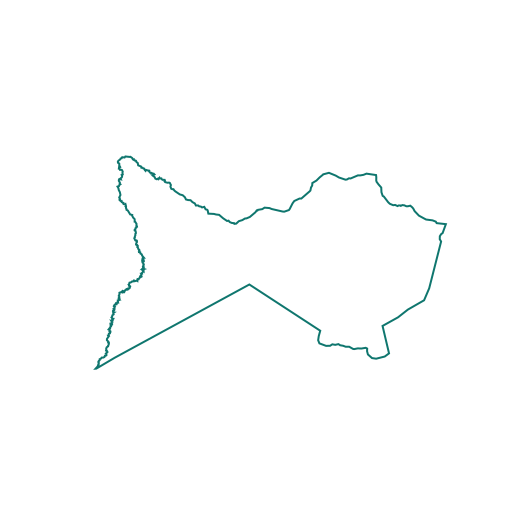 the district of Dormaa West, Brong Ahafo, Ghana, rotated 160°
{"feature_id": "2480657B11503231198633", "entity_name": "Dormaa West", "entity_type": "district", "adm_level": 2, "iso_a3": "GHA", "parent_name": "Ghana", "parent_adm1": "Brong Ahafo", "projection": "albers", "projection_center": [-2.874, 6.975], "detail": "fine", "context": "isolated", "style": "outline", "palette": "teal", "viewbox_px": 512, "rotation_deg": 160, "n_neighbors": 0, "source": "geoboundaries", "source_scale": "gbopen_adm2", "svg_char_len": 6147}
<svg xmlns="http://www.w3.org/2000/svg" viewBox="0 0 512 512"><g transform="rotate(160 256 256)"><path d="M347.7,394.5L348.3,394.5L348.8,393.8L349.9,393.9L350.6,393.2L352.7,392.6L353.6,391.8L353.8,390.8L353.3,390.4L352.9,389.3L353.5,388.1L353.2,386.0L353.8,385.9L354.3,386.3L355.0,385.0L354.5,384.7L354.3,383.4L353.4,383.3L352.5,382.5L352.4,380.8L353.1,379.8L353.3,378.3L354.5,378.1L354.3,377.2L354.9,376.1L355.6,375.6L356.9,375.2L356.8,374.2L358.2,375.0L358.9,374.3L359.2,373.5L358.8,371.5L359.3,370.7L358.9,369.8L360.1,369.5L360.8,368.6L362.4,368.6L362.1,366.7L362.4,365.0L362.1,362.6L362.5,359.7L364.5,357.8L364.2,356.9L364.8,356.2L364.4,355.6L365.0,355.0L364.2,353.7L363.5,353.6L363.7,352.5L362.5,351.3L362.8,351.0L362.7,350.1L361.6,349.4L360.9,349.5L361.1,347.5L361.6,347.2L361.3,346.6L361.8,345.6L361.6,344.9L361.9,343.7L360.9,342.6L360.0,338.1L358.3,336.9L358.6,336.4L358.3,334.0L357.5,332.4L357.6,331.5L358.3,329.8L357.8,329.5L357.3,327.0L358.2,325.0L357.7,324.6L357.8,324.2L358.5,324.2L358.8,323.6L359.7,323.4L360.2,322.4L361.0,322.2L361.3,321.5L360.6,320.6L361.0,318.6L361.9,318.0L362.2,316.8L363.2,315.8L363.4,315.0L364.3,314.4L364.1,312.0L363.9,311.6L362.9,311.5L362.7,310.9L363.1,309.8L364.2,308.9L364.8,307.8L364.6,307.3L363.9,307.0L363.6,305.8L364.5,305.1L364.1,304.3L364.2,302.8L363.6,301.8L364.3,300.8L364.0,300.5L364.3,300.0L364.0,300.0L364.2,299.5L363.5,299.0L363.8,297.9L362.8,296.6L362.9,295.4L361.9,292.6L363.1,292.9L363.5,292.3L362.9,290.6L363.2,289.5L363.9,289.8L363.8,291.1L364.1,291.4L364.7,290.3L364.6,289.3L364.9,288.7L364.6,288.2L364.3,286.6L364.8,286.3L364.8,285.7L365.6,285.1L365.2,283.9L365.5,283.7L366.0,284.0L366.1,283.4L366.9,283.0L366.1,282.9L366.2,282.6L365.5,282.0L366.2,282.0L366.7,280.5L366.9,281.0L367.4,281.1L367.1,280.3L367.3,279.9L369.0,279.1L369.1,278.5L369.6,278.6L369.4,278.2L370.1,278.0L370.4,276.9L371.1,277.0L371.7,276.6L371.0,275.7L373.0,275.3L374.2,274.3L375.1,274.8L375.3,274.3L376.2,273.9L375.8,273.6L376.0,273.1L376.4,273.6L378.6,273.8L378.9,274.7L379.2,274.8L379.9,274.1L380.7,274.2L381.1,274.5L382.5,274.0L384.0,274.2L384.9,272.9L385.4,272.7L385.2,272.3L385.5,271.6L385.1,271.5L384.6,270.5L385.7,269.1L386.6,269.2L386.8,268.7L387.4,268.6L387.8,268.9L388.2,268.3L388.9,268.5L388.4,269.2L389.0,269.2L389.1,268.8L390.7,268.6L391.8,267.5L392.2,268.0L392.6,267.6L393.1,268.4L393.5,268.0L393.6,268.7L394.3,268.4L393.9,267.6L395.5,268.2L396.9,268.2L397.4,266.7L398.6,265.5L398.3,264.9L398.5,264.0L399.0,263.8L398.9,263.0L399.3,263.0L399.1,261.9L399.8,262.3L400.0,261.4L401.1,261.5L401.5,259.4L402.3,259.8L403.2,258.7L403.8,259.5L404.2,259.2L404.4,258.4L405.6,258.5L406.8,257.5L406.7,257.2L406.0,256.9L405.9,256.6L406.4,256.4L406.9,255.3L407.6,255.1L407.1,254.5L407.5,253.9L407.8,254.0L408.0,253.6L408.6,253.8L408.9,253.6L408.8,253.1L409.3,252.8L409.2,251.7L408.8,251.5L409.7,251.3L409.8,249.8L411.3,249.4L411.9,248.3L412.8,247.7L412.5,246.9L412.6,246.2L412.1,246.0L412.5,245.7L412.1,245.5L412.5,245.3L412.8,244.2L413.6,243.9L414.1,244.3L414.0,243.8L414.5,242.7L414.1,242.3L414.7,241.9L414.7,240.8L415.1,240.7L415.4,241.3L415.8,240.4L416.2,241.1L416.4,240.3L417.7,238.1L418.2,238.3L419.6,237.4L418.8,236.8L419.4,235.6L418.6,235.1L418.7,234.4L419.3,234.1L419.7,233.3L420.8,233.4L421.5,232.1L421.5,231.5L422.2,231.7L422.1,230.7L424.4,229.1L424.9,227.9L424.0,226.0L424.5,225.3L424.0,225.0L423.9,224.6L424.8,223.0L425.8,222.2L425.9,221.7L427.5,221.3L428.4,220.3L428.5,219.6L429.3,218.4L428.5,217.7L428.4,216.6L430.4,215.7L430.1,215.1L430.5,213.9L431.3,213.7L432.1,214.0L433.0,212.9L434.4,212.8L435.8,213.3L436.8,212.6L438.2,212.5L438.6,211.5L439.7,211.1L440.4,210.4L440.1,210.0L440.6,208.6L441.1,208.3L441.1,207.6L441.7,207.5L442.6,206.4L445.3,205.0L444.6,204.8L423.7,208.7L272.0,231.5L221.2,163.8L224.4,159.3L226.4,155.6L226.3,152.2L220.9,147.6L217.1,146.3L214.5,146.9L211.9,145.4L208.7,145.0L207.4,143.3L204.9,141.9L202.8,140.1L199.5,138.9L196.5,135.4L195.4,134.9L192.0,134.4L188.6,133.0L184.3,132.2L183.2,131.0L184.2,128.5L184.5,125.2L181.9,120.4L178.2,118.4L169.4,117.5L164.3,119.0L161.0,147.0L143.5,149.8L131.6,153.7L113.2,156.9L104.3,166.4L77.1,206.3L77.6,208.9L76.5,211.7L74.6,213.2L72.8,213.7L66.7,221.0L75.0,225.1L75.3,226.8L77.9,229.1L83.7,232.1L85.5,234.1L89.1,238.2L91.6,243.9L92.0,246.8L92.6,248.4L93.8,250.5L96.3,250.8L97.7,251.3L99.3,252.9L101.1,253.8L102.8,253.6L103.2,254.2L104.7,254.7L105.9,254.5L107.8,256.4L109.7,256.8L112.4,259.3L113.4,261.3L115.5,268.1L116.4,269.2L116.3,273.0L114.9,277.5L116.4,281.4L117.3,284.5L117.2,285.8L116.0,288.9L115.5,291.0L124.0,295.6L127.2,295.5L130.6,296.1L132.6,296.9L140.6,296.5L142.1,297.2L144.4,296.8L145.8,297.1L151.2,301.4L153.6,304.3L159.0,309.2L165.5,309.8L165.0,309.6L169.3,308.1L173.4,306.2L178.1,305.3L179.1,303.0L180.9,301.5L182.5,298.9L183.5,298.4L193.7,294.5L195.5,295.1L201.2,294.6L203.6,293.0L208.3,288.6L209.4,287.9L214.3,288.0L215.8,288.7L225.2,294.8L226.9,296.4L231.4,298.5L234.1,297.9L238.4,298.7L239.1,298.2L239.7,298.6L241.6,297.3L248.4,294.8L252.0,294.6L253.6,295.0L256.6,294.4L260.2,294.6L263.5,293.2L265.3,293.6L265.3,294.3L267.5,295.4L269.1,296.9L269.7,298.6L271.2,298.8L274.0,302.7L276.6,307.3L279.4,308.7L281.1,309.9L286.3,312.1L285.8,315.5L286.1,316.2L287.4,317.1L287.8,319.9L290.1,320.1L290.8,321.2L292.5,322.2L293.1,323.3L295.2,324.0L295.5,326.3L297.3,328.4L298.4,330.8L300.7,331.8L302.5,333.1L302.7,335.5L304.1,338.2L306.5,339.9L309.7,344.3L310.4,345.6L310.7,347.0L311.6,347.3L312.6,348.1L312.7,350.4L311.7,351.8L312.0,354.2L312.6,354.7L314.1,355.1L316.1,356.5L316.4,357.4L315.8,357.9L315.8,358.8L317.8,359.6L318.4,360.5L318.4,361.3L320.0,361.9L320.0,362.4L321.2,361.6L321.4,362.3L322.9,362.0L324.1,363.1L324.3,365.0L325.6,367.0L324.5,367.4L323.6,367.4L324.0,368.4L324.8,368.6L325.4,369.4L326.2,369.2L326.2,370.1L326.9,370.4L327.5,372.0L327.1,372.7L327.3,372.9L328.2,373.2L329.7,374.4L330.3,374.4L330.7,373.9L331.1,374.8L331.1,376.3L331.9,376.7L332.4,377.8L333.5,378.1L333.4,379.4L335.7,381.5L335.3,383.8L336.2,385.2L336.2,386.5L336.5,386.9L337.0,386.9L337.9,388.0L337.7,388.7L338.7,389.0L338.8,390.4L340.1,392.2L340.8,392.3L344.7,394.2L345.8,393.5L347.7,394.5Z" fill="none" stroke="#0f766e" stroke-width="2"/></g></svg>